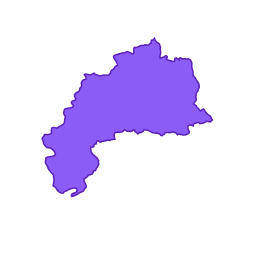 Medeiros, Minas Gerais, Brazil (Natural Earth projection), rotated 302°
{"feature_id": "56859067B84932936510356", "entity_name": "Medeiros", "entity_type": "district", "adm_level": 2, "iso_a3": "BRA", "parent_name": "Brazil", "parent_adm1": "Minas Gerais", "projection": "natural_earth1", "projection_center": [-46.359, -20.022], "detail": "fine", "context": "isolated", "style": "filled", "palette": "violet", "viewbox_px": 256, "rotation_deg": 302, "n_neighbors": 0, "source": "geoboundaries", "source_scale": "gbopen_adm2", "svg_char_len": 5224}
<svg xmlns="http://www.w3.org/2000/svg" viewBox="0 0 256 256"><g transform="rotate(302 128 128)"><path d="M218.1,102.9L216.6,102.7L215.6,102.6L214.8,101.3L213.6,101.8L212.4,102.5L211.1,101.8L209.8,101.7L208.6,100.9L208.1,99.4L207.3,98.0L206.1,97.4L205.4,95.9L204.3,94.8L202.9,94.0L201.7,93.2L200.7,92.4L199.9,90.9L198.7,90.6L197.4,91.5L196.2,92.4L194.7,93.1L193.6,93.1L193.2,91.8L193.0,90.3L192.8,88.8L192.5,87.4L191.9,86.4L190.8,85.7L189.6,85.0L189.1,83.9L188.3,83.1L187.4,82.4L186.3,81.3L185.2,80.3L184.1,79.5L182.9,78.3L181.2,77.7L179.9,78.9L179.1,80.6L178.2,82.7L177.0,84.3L176.4,85.3L175.5,86.0L174.3,84.9L172.9,84.5L171.2,84.6L169.8,84.2L168.6,83.7L167.0,83.5L165.6,83.9L164.1,83.9L163.1,83.7L162.1,82.9L161.3,81.7L160.5,80.1L159.7,78.9L158.3,77.8L157.0,76.1L156.7,74.2L156.2,72.2L156.5,70.2L155.1,69.2L153.4,68.6L152.6,67.1L152.0,65.4L151.5,63.8L150.8,63.0L149.8,62.8L149.2,64.7L148.3,66.0L147.0,66.4L145.7,65.1L144.2,64.3L142.8,64.3L141.3,64.5L140.1,65.8L138.3,66.6L136.4,66.1L134.9,66.6L133.7,67.1L132.0,66.3L130.6,65.5L129.4,65.1L128.0,65.0L126.6,65.7L125.8,67.1L125.1,68.3L123.9,68.4L122.9,67.9L122.0,67.0L121.0,66.4L119.6,66.4L118.7,67.8L118.2,69.8L116.5,70.0L115.3,69.2L114.0,67.8L112.6,66.2L111.3,64.9L110.3,64.3L108.9,64.6L107.2,65.3L105.7,66.4L104.9,68.2L103.7,69.2L102.0,69.6L100.6,70.4L98.9,71.2L97.2,71.2L96.2,70.7L95.0,70.3L93.6,69.4L92.0,68.6L90.6,68.0L89.8,66.7L89.4,65.4L88.7,64.1L87.5,63.4L86.5,63.7L85.4,64.2L84.5,64.8L83.5,65.6L82.3,65.5L81.2,64.7L80.1,63.8L79.3,62.3L78.2,60.7L76.5,60.9L75.0,60.7L73.4,60.9L72.2,62.4L71.5,63.4L70.7,64.2L69.8,64.9L69.4,66.4L68.7,68.0L68.7,70.2L69.4,71.8L70.0,73.3L69.6,76.1L68.9,78.2L67.9,80.1L66.3,80.5L64.9,79.7L63.6,78.5L62.8,77.6L62.0,76.8L61.3,75.8L60.5,75.0L59.1,74.2L57.8,75.0L56.2,75.5L54.9,76.3L53.9,77.7L53.3,79.4L52.0,80.9L51.0,82.4L50.4,84.0L50.0,85.5L49.3,86.9L49.2,88.2L48.6,89.7L47.3,90.6L45.9,91.9L44.8,92.8L43.6,93.3L42.5,93.8L41.4,94.3L40.4,94.6L39.2,95.3L39.4,96.9L39.1,98.4L38.4,99.7L37.8,101.0L37.3,102.5L37.3,104.3L37.5,105.7L38.2,107.3L40.0,107.7L41.3,108.4L42.3,109.3L43.6,109.8L44.7,110.7L46.5,112.0L47.9,113.2L48.9,114.6L49.4,116.0L48.9,117.3L47.5,118.0L46.3,118.1L45.3,117.6L44.4,116.7L43.3,116.0L41.9,115.4L40.8,115.7L40.2,116.7L41.1,117.6L42.0,118.2L42.9,118.8L44.1,119.6L45.2,120.4L46.5,120.7L47.6,121.4L48.7,122.2L50.0,123.0L51.1,123.7L52.3,123.6L53.5,123.3L54.6,123.7L55.8,124.0L57.0,122.9L57.9,121.6L58.7,120.6L59.3,119.5L60.3,118.4L61.3,117.6L62.2,118.3L63.5,118.6L65.1,119.2L66.4,119.5L67.4,119.3L68.0,120.5L69.1,121.5L70.3,122.1L72.0,121.9L73.5,121.5L74.4,122.8L75.8,122.9L77.3,122.5L78.7,122.8L79.8,122.5L80.9,122.6L82.1,122.3L83.1,121.1L84.7,120.4L85.2,119.3L86.2,118.0L86.3,116.3L86.6,115.2L86.9,113.8L87.0,112.3L87.3,111.2L88.0,109.8L88.7,108.6L90.0,108.2L91.1,106.9L92.4,106.7L93.0,108.2L94.2,108.9L95.1,108.2L96.6,108.3L97.8,109.5L99.0,108.8L100.2,108.5L101.5,109.6L101.1,111.3L101.6,112.6L102.8,112.8L103.6,114.1L104.5,114.8L105.2,115.9L106.3,116.5L107.2,117.3L107.4,118.8L108.9,119.6L109.6,120.6L110.7,121.7L111.5,122.9L112.3,121.9L113.8,120.8L114.9,119.9L116.1,119.5L117.3,119.5L118.2,120.6L119.1,121.6L119.8,123.2L120.7,123.8L121.7,125.2L123.0,125.7L124.4,125.6L124.8,127.7L124.7,129.1L125.7,130.2L126.2,131.8L127.6,133.0L129.1,133.6L129.7,135.0L128.6,135.9L128.7,137.6L128.2,139.5L129.4,139.9L130.6,140.3L130.9,141.5L132.0,142.1L133.6,142.7L135.0,142.4L135.6,143.9L136.6,145.9L136.9,148.0L136.9,150.2L137.0,151.4L137.6,152.6L138.3,154.2L139.0,155.5L139.4,156.8L139.8,158.2L139.1,159.6L139.4,160.8L140.5,161.2L141.9,162.1L143.2,161.7L144.2,162.8L145.1,163.7L145.6,165.0L146.5,166.3L147.7,167.3L148.6,168.3L148.8,169.9L149.2,171.6L148.4,173.5L149.5,174.0L150.1,175.0L150.3,176.4L151.1,177.2L151.2,178.5L152.1,179.6L152.8,180.7L153.8,181.1L154.6,181.8L155.5,182.5L156.5,182.2L157.7,181.9L158.0,180.6L159.1,179.5L160.1,178.5L161.6,177.9L163.5,178.7L164.1,181.0L164.3,182.2L165.5,181.6L166.6,181.6L168.0,182.9L169.4,183.8L170.1,184.9L169.7,186.5L170.6,187.7L171.7,188.9L173.1,190.0L174.3,190.6L175.5,191.2L175.8,192.5L176.4,193.5L176.9,194.7L178.1,194.8L179.5,195.3L180.5,193.4L181.4,192.2L181.8,190.8L181.6,189.4L182.0,188.3L182.3,186.5L183.0,184.4L184.0,183.3L184.1,182.0L183.2,181.1L182.0,180.9L180.8,180.4L181.1,179.0L181.8,177.6L182.1,175.2L183.0,174.3L183.1,172.8L183.2,170.8L184.8,170.6L186.3,171.1L188.1,171.0L189.4,170.0L190.2,169.0L191.5,168.6L193.0,167.6L194.5,167.4L195.6,167.6L197.0,167.5L198.2,167.0L199.3,167.0L200.6,166.7L201.9,165.7L203.0,164.6L203.9,162.9L204.4,161.7L205.1,160.3L206.1,158.6L206.6,157.0L207.1,155.6L208.2,154.5L209.7,153.6L211.0,152.5L212.4,150.8L213.7,149.7L214.7,148.9L215.8,148.5L217.0,147.5L218.1,146.1L218.7,145.1L218.7,143.8L218.6,142.4L217.4,141.2L217.1,139.6L216.4,138.7L215.4,137.6L215.5,136.2L215.2,135.0L214.1,134.7L212.9,135.2L213.0,133.5L213.1,131.8L212.0,130.9L211.0,131.3L209.6,132.0L208.3,131.0L207.8,129.2L207.3,127.7L207.0,126.5L206.5,125.4L206.8,123.9L208.5,124.0L209.4,123.3L209.5,122.0L208.4,121.3L207.1,120.8L206.0,119.5L204.3,118.4L205.1,117.4L206.3,116.8L207.6,116.5L209.0,115.9L210.6,114.7L212.4,113.1L213.9,112.7L214.6,111.5L215.8,110.3L216.1,109.0L215.9,107.6L216.3,105.9L217.1,104.1L218.1,102.9Z" fill="#8b5cf6" stroke="#5b21b6" stroke-width="1.5"/></g></svg>